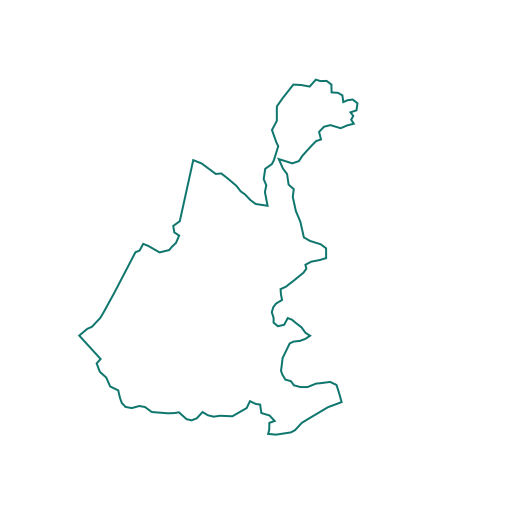 the district of Caseiros, Rio Grande do Sul, Brazil, rotated 112°
{"feature_id": "56859067B55652742739807", "entity_name": "Caseiros", "entity_type": "district", "adm_level": 2, "iso_a3": "BRA", "parent_name": "Brazil", "parent_adm1": "Rio Grande do Sul", "projection": "robinson", "projection_center": [-51.76, -28.237], "detail": "fine", "context": "isolated", "style": "outline", "palette": "teal", "viewbox_px": 512, "rotation_deg": 112, "n_neighbors": 0, "source": "geoboundaries", "source_scale": "gbopen_adm2", "svg_char_len": 2223}
<svg xmlns="http://www.w3.org/2000/svg" viewBox="0 0 512 512"><g transform="rotate(112 256 256)"><path d="M434.8,278.6L432.1,272.6L429.8,269.0L433.3,259.3L432.5,254.2L428.7,250.1L420.7,247.1L421.7,240.9L420.8,235.0L417.6,229.5L413.5,217.9L400.5,207.7L392.9,207.2L393.3,200.9L392.2,196.5L399.6,192.2L398.8,183.7L402.0,176.9L405.7,181.1L412.3,178.6L416.4,178.1L414.1,170.4L406.5,157.6L402.9,154.6L393.7,151.1L387.3,146.4L369.2,132.6L359.4,121.9L353.9,126.1L349.9,129.3L345.4,133.1L345.0,140.1L347.7,144.9L349.8,148.6L351.8,152.5L355.3,156.1L358.2,159.1L360.9,165.8L361.7,172.4L359.0,176.7L359.6,182.5L356.1,187.1L353.1,189.8L347.3,191.3L340.6,193.1L324.4,192.0L321.2,189.0L318.4,183.7L314.6,179.4L309.7,176.0L308.7,181.3L305.1,187.1L303.1,194.2L301.6,198.7L301.7,203.3L309.2,204.1L312.9,209.4L311.2,214.7L306.8,216.5L302.2,220.3L296.9,220.8L292.6,219.6L287.0,215.4L282.2,218.5L277.5,220.8L273.1,216.6L269.6,214.7L266.0,212.5L259.8,209.1L253.6,205.7L248.9,204.6L245.6,206.9L240.6,202.7L235.8,195.3L231.7,190.2L222.6,193.9L220.9,200.4L221.8,211.6L220.8,218.6L207.5,227.8L199.5,235.8L187.5,244.0L179.9,246.0L177.6,252.5L168.4,257.9L164.8,263.8L157.6,271.2L156.5,257.1L152.0,251.8L145.6,250.5L139.8,248.4L131.9,245.4L126.9,243.3L123.6,239.4L117.3,244.0L110.7,241.4L106.8,236.1L105.8,225.4L100.9,220.5L96.7,214.9L94.0,218.8L89.7,218.3L87.4,222.2L83.3,217.4L76.4,219.1L74.7,225.0L77.3,229.5L80.6,232.7L74.7,236.1L74.0,241.1L76.0,247.2L68.8,250.3L67.2,256.1L69.7,261.8L70.1,266.6L78.8,269.7L80.6,278.4L83.1,285.6L100.0,290.5L109.5,292.7L122.9,287.3L133.2,288.4L143.1,279.6L145.9,276.5L160.5,275.3L164.8,275.7L171.7,280.1L181.8,277.7L186.7,272.9L193.3,271.7L205.1,264.1L207.9,275.8L206.3,282.0L203.0,289.3L201.8,294.4L198.3,300.4L194.5,311.9L192.5,319.1L195.0,324.1L190.6,340.9L190.6,350.1L252.3,339.7L259.1,344.0L264.7,340.6L265.9,334.9L273.8,335.1L279.2,337.5L283.0,338.7L288.8,346.8L287.0,359.6L287.0,365.1L294.6,366.0L297.7,369.2L343.3,373.6L365.3,376.2L371.8,377.2L383.1,381.6L386.8,385.2L396.0,390.1L409.7,361.5L415.3,363.5L421.9,357.4L424.8,349.3L431.6,342.3L432.2,333.4L438.6,328.9L442.5,325.4L444.8,320.5L443.6,314.3L438.8,308.0L437.6,302.4L439.7,294.2L434.8,278.6Z" fill="none" stroke="#0f766e" stroke-width="2"/></g></svg>